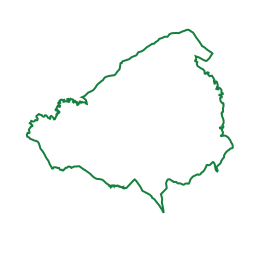 Phu Kradueng, Loei, Thailand, rotated 172°
{"feature_id": "78962969B77049388444937", "entity_name": "Phu Kradueng", "entity_type": "district", "adm_level": 2, "iso_a3": "THA", "parent_name": "Thailand", "parent_adm1": "Loei", "projection": "natural_earth1", "projection_center": [101.891, 16.902], "detail": "fine", "context": "isolated", "style": "outline", "palette": "green", "viewbox_px": 256, "rotation_deg": 172, "n_neighbors": 0, "source": "geoboundaries", "source_scale": "gbopen_adm2", "svg_char_len": 5776}
<svg xmlns="http://www.w3.org/2000/svg" viewBox="0 0 256 256"><g transform="rotate(172 128 128)"><path d="M208.4,152.1L209.2,151.1L210.3,151.0L211.1,151.6L211.3,152.4L212.5,153.2L213.3,153.3L214.1,154.1L214.4,154.2L217.0,152.6L217.1,151.3L216.3,150.4L216.1,150.0L216.7,148.4L217.3,148.2L218.6,148.8L219.7,147.8L220.6,147.5L221.4,147.7L222.8,148.5L223.5,147.3L224.6,146.5L223.3,145.0L223.1,145.1L222.3,144.0L222.3,143.6L222.6,143.1L223.2,142.9L223.6,143.1L224.0,142.8L226.3,140.3L226.5,139.5L226.0,137.8L226.3,136.9L226.7,136.8L228.1,137.1L228.5,136.6L228.6,135.9L229.1,135.4L229.2,134.7L228.9,133.4L227.5,132.6L227.0,132.1L226.7,131.2L222.3,128.5L220.3,127.8L218.8,126.3L218.3,124.6L217.5,119.6L216.2,117.6L214.8,114.7L213.0,109.5L211.4,106.6L210.4,102.5L209.2,99.9L209.0,98.7L208.1,98.3L207.7,98.5L207.0,99.4L204.9,99.2L203.3,98.2L201.9,98.1L201.5,96.8L201.0,96.1L199.6,95.7L199.3,95.8L199.1,95.3L198.1,94.9L197.8,95.0L197.0,95.9L196.4,96.2L195.4,97.2L194.1,97.1L193.0,97.9L192.0,98.1L191.4,98.0L190.7,97.4L190.4,97.4L189.6,96.4L189.0,96.8L188.3,96.7L187.0,97.3L181.5,96.9L178.3,93.8L175.9,91.8L171.8,87.9L169.6,84.9L167.5,82.9L165.8,81.9L162.7,81.2L160.8,80.4L159.4,79.1L157.4,76.5L155.0,74.3L154.9,73.5L154.5,73.3L154.1,73.5L153.8,72.7L153.7,73.0L153.4,72.7L153.4,72.9L152.6,73.1L152.7,72.7L152.3,73.0L152.1,72.7L152.4,72.4L152.1,72.3L151.5,73.2L151.0,73.0L150.3,73.2L149.8,73.1L150.0,72.8L149.8,72.1L149.6,72.4L149.2,72.1L147.3,72.3L147.0,72.1L146.7,72.5L146.3,72.5L144.9,71.7L144.9,71.1L144.5,71.0L144.4,71.2L144.1,70.9L143.8,71.0L143.5,70.6L142.2,70.3L141.2,70.4L141.7,69.5L140.9,68.9L140.1,68.7L140.0,69.1L137.8,68.9L129.2,75.8L128.5,76.1L127.2,74.4L123.8,67.8L122.5,63.8L115.8,59.0L114.2,57.1L113.7,55.3L112.6,54.6L111.5,53.3L109.3,49.4L107.9,47.2L106.4,43.7L105.6,42.7L105.4,41.2L104.5,39.0L104.4,42.6L104.8,49.3L104.0,53.3L104.6,57.9L98.2,62.8L98.0,63.5L98.0,68.0L96.9,70.2L95.8,71.4L94.4,71.6L93.1,70.8L92.0,69.7L91.1,69.2L90.3,68.2L87.9,67.9L86.4,66.2L84.2,66.0L81.1,64.1L80.4,64.2L78.8,65.0L76.9,64.8L75.7,64.4L75.1,65.0L73.4,68.2L72.5,69.2L70.6,70.8L66.1,72.3L65.3,72.3L64.5,71.8L62.8,72.1L61.2,73.7L60.0,74.1L58.1,75.9L55.8,79.1L55.6,79.9L55.4,80.2L54.6,80.4L53.3,79.9L52.1,80.0L48.7,82.5L48.0,82.1L47.2,80.2L47.0,74.8L46.4,73.2L45.8,72.6L45.1,73.3L45.8,75.8L45.8,76.3L45.4,77.2L44.4,78.2L42.2,79.5L41.2,80.4L39.9,82.8L39.2,83.4L38.5,84.4L37.3,85.3L36.9,86.0L36.7,87.4L35.3,89.3L33.8,90.7L32.0,91.9L31.0,92.2L29.8,93.3L27.9,93.5L27.0,93.9L26.8,96.2L27.1,97.8L27.8,99.1L28.5,101.8L30.2,104.8L31.7,106.2L33.3,107.1L35.7,107.1L36.6,106.9L36.9,107.0L37.1,107.4L37.0,107.6L36.1,107.8L35.2,108.5L34.5,110.5L35.2,112.4L35.0,113.5L36.1,114.6L36.9,114.9L37.0,115.5L36.6,115.8L35.6,115.8L35.2,115.5L35.0,115.0L34.6,114.7L33.7,115.2L33.3,116.2L34.2,117.5L32.7,119.5L32.3,121.6L32.5,123.8L33.3,126.9L33.1,128.4L33.4,129.4L32.7,130.5L32.0,130.5L31.5,131.4L31.3,134.3L30.3,136.3L30.4,137.3L30.1,137.8L30.1,138.9L30.2,139.3L31.1,139.3L31.4,139.9L32.1,140.7L32.5,141.7L32.7,142.9L32.6,144.8L32.1,145.1L31.0,145.2L30.7,145.7L30.7,146.1L31.2,147.1L32.8,147.5L33.0,147.8L32.8,148.2L32.5,148.3L31.5,148.1L30.7,148.5L29.6,148.4L29.3,148.6L29.5,149.4L30.1,149.5L30.5,150.1L30.2,152.4L30.5,153.4L31.6,154.8L32.6,154.7L33.3,153.7L34.7,154.1L35.1,154.4L34.4,155.1L34.3,155.9L34.0,156.4L33.8,156.4L33.4,156.0L33.1,156.1L33.6,156.9L33.1,158.3L33.6,161.3L34.2,161.8L34.9,162.0L35.1,160.6L35.9,159.8L36.2,159.9L36.4,162.9L35.8,163.8L37.5,168.0L37.9,168.2L39.8,167.9L40.2,168.2L41.4,170.2L41.3,170.5L40.7,171.0L40.5,171.5L41.3,172.1L41.8,172.0L43.6,170.9L44.5,171.2L44.6,171.6L44.3,172.5L44.3,173.6L45.5,175.6L47.5,177.0L50.5,179.7L51.0,181.9L50.2,183.7L50.9,184.4L51.8,184.5L52.2,184.9L52.1,185.6L51.2,186.2L50.9,186.9L50.7,188.8L50.9,189.5L47.7,187.9L44.5,185.4L43.0,184.4L41.4,183.5L40.9,183.5L37.9,185.6L34.0,190.1L35.5,191.7L38.5,194.3L40.8,196.9L41.9,198.0L43.1,198.6L44.9,202.7L47.7,207.8L50.2,213.3L53.8,216.4L54.7,216.9L56.7,217.0L57.4,216.6L60.9,216.0L61.7,215.6L63.0,215.4L64.2,214.8L66.0,215.3L70.8,215.7L72.3,215.6L73.9,215.1L75.2,213.7L76.2,212.9L79.0,213.3L81.5,212.4L84.6,211.9L86.2,210.3L89.0,209.1L90.2,207.9L92.7,207.9L95.2,206.6L98.1,205.4L101.0,203.4L102.9,202.4L104.6,201.9L107.2,201.6L109.7,198.8L114.4,197.7L117.2,196.0L124.0,194.8L124.6,194.3L125.1,193.3L126.0,193.4L126.4,193.2L127.7,188.6L128.4,187.1L130.4,185.6L133.3,182.6L134.6,182.2L139.2,182.2L142.1,181.8L143.8,181.3L145.0,180.3L146.1,178.9L147.6,178.2L151.9,175.5L152.9,174.7L154.8,172.4L156.9,170.5L159.8,169.3L162.3,168.7L166.3,165.8L169.3,164.9L168.0,164.2L165.9,161.7L165.5,160.0L165.4,157.6L166.2,158.0L166.9,159.4L169.1,159.6L169.8,160.1L170.9,159.5L171.0,159.8L171.0,160.6L171.9,161.0L172.6,160.3L173.5,158.6L174.0,158.5L174.5,157.9L174.9,157.8L175.2,159.2L174.8,160.5L174.9,160.8L175.5,161.0L176.6,160.8L176.7,161.1L176.4,161.9L176.7,162.3L177.3,162.0L178.4,160.9L178.9,161.6L178.3,163.1L178.4,163.6L178.7,164.0L180.3,164.3L180.8,165.0L181.4,164.7L182.0,163.0L183.0,162.0L183.4,162.1L183.7,162.7L182.9,164.6L183.2,165.2L184.0,165.1L184.4,163.4L185.0,162.8L186.6,163.2L187.7,163.0L187.0,164.3L187.2,164.8L189.1,164.4L189.5,165.3L190.9,165.2L192.0,164.4L191.6,163.2L191.7,162.1L192.4,162.0L192.6,162.8L193.0,163.0L193.7,162.4L193.3,160.5L192.1,159.6L192.3,158.9L192.8,158.4L193.1,158.4L193.4,158.7L193.5,159.9L194.2,159.9L195.0,159.2L196.0,157.4L196.9,156.6L197.2,156.0L197.1,155.6L196.4,155.4L195.9,156.0L195.5,156.0L195.0,155.1L195.5,153.7L195.2,153.5L194.0,154.0L193.7,153.7L193.8,153.0L194.9,152.2L196.6,151.8L196.9,151.4L196.6,151.2L196.5,150.7L197.1,150.3L199.2,146.9L199.9,146.8L200.2,146.9L200.2,148.1L202.2,150.6L202.8,150.6L203.2,150.3L203.7,148.9L203.7,148.1L204.0,147.9L204.8,148.7L205.7,149.1L206.4,150.6L207.3,151.8L208.4,152.1Z" fill="none" stroke="#15803d" stroke-width="2"/></g></svg>